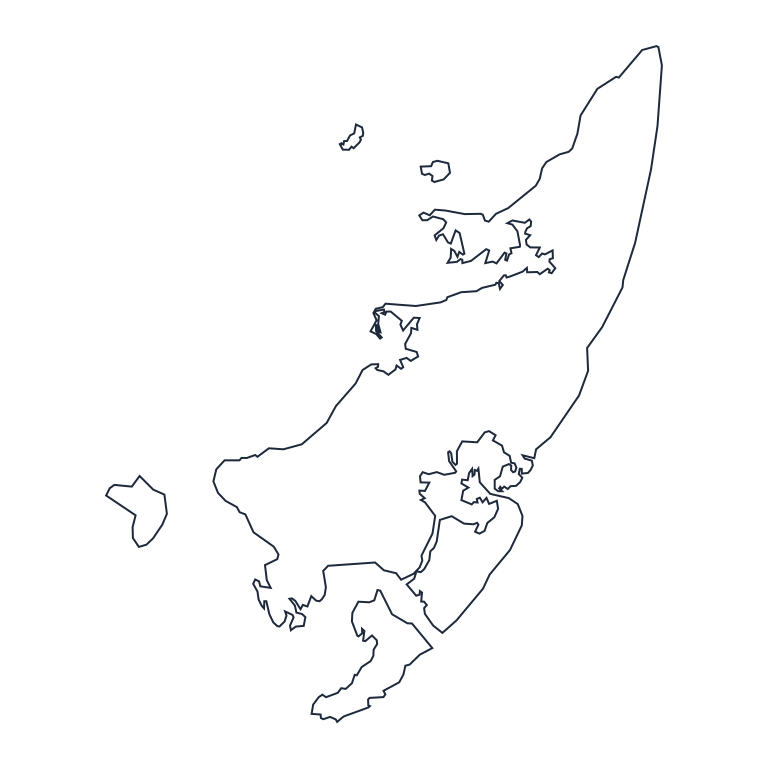 outline of Mafia, Pwani, United Republic of Tanzania
{"feature_id": "72390352B74532147136856", "entity_name": "Mafia", "entity_type": "district", "adm_level": 2, "iso_a3": "TZA", "parent_name": "United Republic of Tanzania", "parent_adm1": "Pwani", "projection": "mercator", "projection_center": [39.736, -7.86], "detail": "fine", "context": "isolated", "style": "outline", "palette": "slate", "viewbox_px": 768, "rotation_deg": 0, "n_neighbors": 0, "source": "geoboundaries", "source_scale": "gbopen_adm2", "svg_char_len": 6125}
<svg xmlns="http://www.w3.org/2000/svg" viewBox="0 0 768 768"><path d="M657.5,126.0L661.9,65.4L658.4,47.1L656.5,46.1L642.2,50.0L618.8,77.6L616.1,76.8L597.4,88.8L580.6,115.4L577.4,133.7L572.2,148.5L568.7,151.8L559.5,154.4L546.4,162.0L542.1,168.3L539.8,178.7L535.8,185.7L508.2,208.1L496.0,213.8L488.7,221.7L484.9,220.5L482.8,214.7L480.7,213.8L464.8,214.1L445.3,210.5L434.9,209.7L429.7,215.3L423.5,212.6L419.3,215.4L422.3,220.2L427.2,220.2L433.0,216.5L443.2,219.2L446.2,222.5L443.5,228.2L434.6,235.4L436.3,240.0L439.1,235.5L443.0,234.3L448.0,242.4L450.8,243.6L455.6,230.4L459.6,233.0L464.4,253.7L462.9,254.6L459.3,251.9L457.5,256.8L454.4,251.0L451.1,248.9L450.7,257.6L447.6,262.8L456.8,261.9L460.5,259.1L462.3,259.7L462.4,263.1L471.0,260.9L486.2,249.2L489.2,250.5L485.3,263.1L492.7,261.6L496.5,263.4L504.6,252.6L506.4,253.4L505.2,259.8L507.0,260.6L509.1,254.4L511.5,253.2L510.4,248.3L519.8,246.8L520.1,245.4L517.4,231.3L512.4,224.6L507.4,223.2L512.4,220.5L524.8,222.8L529.4,219.5L531.2,221.7L530.6,226.2L527.1,228.2L525.3,231.9L525.1,233.6L530.2,235.2L525.9,239.9L526.6,244.5L530.3,247.4L539.8,247.5L536.0,255.2L538.8,257.1L542.1,253.5L544.9,254.4L552.6,250.4L552.9,258.2L549.7,259.2L549.4,261.6L555.3,268.2L551.6,273.2L548.9,272.4L549.7,270.2L547.7,268.7L539.8,274.2L537.3,272.0L527.2,272.3L526.9,267.9L522.5,271.7L510.0,276.5L506.6,277.5L505.8,275.3L503.9,275.4L499.3,281.0L502.8,285.0L500.0,288.9L498.7,283.1L496.3,282.8L495.4,284.7L482.0,287.9L476.5,291.2L461.2,292.2L447.4,297.2L446.3,300.0L440.5,302.4L415.9,306.0L385.5,303.7L382.8,307.1L375.8,308.8L373.4,313.0L376.6,320.3L370.5,331.4L376.2,334.0L380.1,338.6L381.7,337.4L376.1,331.1L375.8,324.7L377.9,326.3L377.9,331.6L380.5,332.3L378.2,324.0L378.9,316.1L375.0,312.8L375.6,311.1L383.9,309.5L384.5,312.0L381.7,313.2L385.1,314.7L386.5,311.6L390.6,311.5L401.8,320.8L400.4,324.6L403.1,330.5L413.8,317.7L419.6,318.0L417.0,324.3L417.4,329.8L411.4,327.9L411.0,333.2L405.1,344.0L405.8,348.8L416.7,352.0L418.1,356.5L410.7,360.9L406.6,357.9L400.1,359.9L403.2,367.2L401.1,368.8L396.6,365.5L395.5,369.4L388.4,374.8L383.4,371.3L377.3,370.0L375.6,368.2L378.0,366.8L378.2,364.2L371.3,364.4L362.6,370.0L355.6,383.5L335.9,406.1L326.7,422.9L301.8,444.3L283.4,449.3L268.9,448.3L257.4,456.8L255.3,455.0L246.7,458.0L241.5,457.9L239.5,460.3L224.6,460.3L216.3,469.3L213.4,481.4L218.0,492.9L225.6,500.9L236.9,507.1L239.6,512.2L245.4,514.4L253.5,532.3L273.8,546.7L278.5,554.5L277.2,559.2L265.0,565.1L266.8,580.2L270.7,587.9L260.3,586.3L259.1,581.4L255.2,579.5L253.2,583.8L257.5,591.6L258.6,599.5L261.8,606.0L264.0,608.4L264.3,601.2L266.3,601.2L269.4,614.3L273.3,622.4L277.3,626.1L279.5,626.5L284.6,621.5L286.5,615.5L285.1,611.4L292.6,615.0L293.6,617.4L290.0,625.6L290.9,630.2L295.8,626.6L303.7,625.9L305.4,617.1L302.0,614.0L296.4,612.6L294.9,605.6L289.5,598.8L292.0,598.4L295.4,601.0L300.5,609.2L302.9,604.9L307.4,606.5L311.3,596.1L316.2,600.7L319.6,601.2L321.8,599.3L324.7,594.9L325.9,587.3L323.2,570.9L328.1,565.8L375.1,562.5L383.9,570.3L396.1,573.2L401.1,579.7L413.6,573.8L419.7,567.3L422.3,560.6L421.5,555.6L432.5,533.5L435.2,515.9L425.0,502.3L420.9,500.0L424.7,498.2L419.7,493.8L419.4,490.6L425.0,490.9L429.3,482.6L420.6,482.4L420.0,476.2L422.7,472.2L428.7,474.2L436.8,472.1L444.2,474.8L455.1,472.8L456.2,471.4L449.1,461.1L448.1,452.3L449.6,451.3L451.2,453.3L452.4,461.7L455.5,464.9L457.0,463.7L456.9,451.2L462.2,441.4L477.2,442.3L484.7,432.4L489.0,431.1L495.6,435.2L492.9,440.4L502.0,445.6L504.0,452.3L509.7,455.9L511.1,462.7L514.6,463.4L516.4,467.5L515.1,471.5L513.1,472.2L511.1,470.1L511.2,465.5L508.9,464.1L502.8,466.6L500.0,476.3L494.7,479.9L494.7,488.6L498.1,491.2L502.1,491.2L499.1,488.4L500.2,486.8L501.8,488.8L504.2,486.6L507.8,489.0L510.5,486.2L516.2,485.8L520.3,481.9L522.3,477.7L518.8,474.1L519.8,468.8L521.7,468.9L521.9,473.6L527.9,473.0L530.5,470.1L532.8,465.6L531.9,460.7L524.7,458.6L522.6,455.3L534.3,458.2L536.1,449.3L550.5,437.2L579.1,395.4L588.1,370.8L587.1,348.0L602.1,327.2L622.5,287.4L623.2,280.2L635.1,242.9L651.0,169.5L657.5,126.0ZM479.8,482.3L478.4,468.6L477.0,470.8L474.8,470.0L474.5,474.5L472.6,476.1L472.1,468.9L469.1,473.0L467.7,480.2L462.1,479.6L461.4,483.4L468.4,487.6L463.2,490.7L461.4,500.1L471.7,504.4L473.9,502.1L477.5,502.5L476.8,499.0L479.8,497.7L482.6,502.3L486.5,497.9L489.1,503.9L496.8,500.8L498.1,508.8L494.3,517.3L487.3,523.0L484.6,530.9L479.4,533.6L475.1,531.7L478.4,524.7L477.1,522.8L473.5,524.3L464.0,523.6L451.7,516.2L439.9,519.9L436.7,541.5L433.9,548.0L430.3,551.3L429.3,560.1L424.3,569.0L420.9,572.1L416.4,571.4L414.2,578.7L406.7,584.4L416.2,595.7L419.6,594.7L419.9,591.1L422.0,592.6L421.2,601.5L424.1,601.7L426.8,605.1L424.1,608.1L424.9,613.9L433.2,625.6L442.4,632.9L456.4,620.5L483.0,588.7L489.6,574.6L510.0,550.0L521.8,525.4L522.5,516.0L517.8,504.1L508.8,498.1L490.3,493.9L479.8,482.3ZM392.0,614.2L380.3,590.7L377.5,590.0L374.3,600.3L369.3,602.3L358.4,601.7L352.4,612.8L351.9,621.4L357.3,635.6L358.5,636.4L362.2,633.3L362.0,628.8L364.4,630.9L363.1,640.7L365.2,641.2L372.0,635.5L376.8,640.3L377.1,644.1L373.6,649.7L373.4,655.8L370.6,661.1L361.7,667.0L356.8,675.3L354.7,674.8L352.0,683.1L345.7,688.9L341.2,688.2L337.8,692.8L326.0,697.2L322.4,694.7L318.8,697.1L313.2,704.5L311.6,713.9L320.6,714.5L320.9,718.0L323.3,719.2L330.1,716.9L335.9,719.5L337.1,721.9L343.6,716.5L368.5,707.4L369.9,706.1L368.3,705.3L368.1,699.6L369.6,697.9L383.4,697.1L385.4,694.4L383.5,690.8L399.2,682.3L403.4,674.6L405.4,665.7L409.6,664.6L419.9,654.6L432.3,648.1L412.0,623.5L407.4,623.3L392.0,614.2ZM153.2,489.6L139.6,476.0L131.8,486.6L114.3,484.9L109.8,488.2L106.1,495.5L135.6,515.3L132.6,527.1L132.9,538.0L138.9,546.9L146.4,544.7L153.1,538.3L162.4,524.5L166.9,513.8L164.4,494.6L153.2,489.6ZM437.4,160.8L432.9,162.0L431.1,166.2L420.7,166.6L422.0,173.7L424.8,175.0L429.1,173.6L432.5,176.0L431.9,180.6L434.3,182.0L443.7,179.4L450.0,172.8L448.3,163.3L437.4,160.8ZM362.0,127.4L356.0,124.5L354.2,133.4L350.1,135.4L347.0,141.0L344.1,141.1L343.4,144.5L341.7,143.4L341.5,143.9L340.9,143.5L339.8,144.1L342.8,149.6L349.0,149.8L351.5,146.7L353.6,148.2L359.5,142.4L360.9,139.7L359.8,137.4L362.9,135.8L363.2,132.6L362.0,127.4Z" fill="none" stroke="#1e293b" stroke-width="2"/></svg>